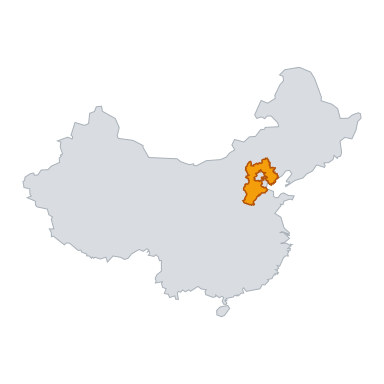 China, with Hebei highlighted
{"feature_id": "CHN-1811", "entity_name": "Hebei", "entity_type": "Province", "adm_level": 1, "iso_a3": "CHN", "parent_name": "China", "parent_adm1": "", "projection": "mercator", "projection_center": [116.359, 39.339], "detail": "fine", "context": "in_parent", "style": "filled", "palette": "amber", "viewbox_px": 384, "rotation_deg": 0, "n_neighbors": 0, "source": "natural_earth", "source_scale": "10m", "svg_char_len": 9372}
<svg xmlns="http://www.w3.org/2000/svg" viewBox="0 0 384 384"><path d="M212.9,297.4L205.7,294.6L205.0,291.4L206.3,289.8L201.1,288.9L198.0,286.4L190.6,291.2L188.8,289.8L185.3,291.8L182.5,289.9L180.6,292.2L178.3,291.5L177.3,292.9L178.4,299.4L175.7,299.2L174.8,295.9L169.6,297.5L168.4,294.3L164.3,293.5L166.1,288.7L162.5,287.3L161.5,283.0L162.4,281.7L155.4,283.0L156.2,281.0L155.2,278.6L156.8,274.8L161.4,271.1L161.4,260.5L159.4,260.6L158.3,256.9L155.9,254.7L154.0,256.4L148.3,255.2L149.9,253.0L149.1,251.2L147.5,252.0L148.7,249.9L146.9,248.7L143.3,251.3L139.1,249.5L131.5,253.9L128.3,258.1L124.5,259.5L120.6,257.3L113.0,256.0L107.4,262.1L105.9,257.2L100.4,259.0L94.8,257.2L93.7,258.3L92.2,257.1L91.4,258.4L89.6,256.1L86.6,255.8L86.8,254.1L81.6,252.1L80.9,250.1L78.1,250.4L69.5,243.1L66.1,243.0L64.4,244.9L53.3,236.1L51.4,236.8L51.3,232.5L49.3,228.9L53.9,229.0L51.2,219.0L52.6,217.1L48.8,214.7L47.4,209.1L37.1,206.9L35.6,205.2L35.3,201.1L27.2,197.7L31.3,196.0L30.0,194.5L29.7,188.9L24.0,187.5L23.0,181.5L24.6,180.5L25.0,177.2L29.7,174.0L33.7,173.0L34.3,175.3L37.9,174.9L41.2,170.0L47.9,169.7L51.3,166.1L59.5,162.5L59.2,157.9L61.2,156.3L60.4,155.0L62.6,154.1L60.2,147.0L60.9,142.2L57.5,140.9L67.6,137.2L72.2,139.0L72.7,136.6L71.0,135.3L75.0,122.5L84.7,125.4L88.6,123.5L89.7,113.3L94.5,111.5L96.3,106.8L101.5,106.2L102.4,111.3L115.3,118.5L119.2,127.6L117.2,135.8L118.4,138.4L133.0,140.4L143.1,145.6L143.0,147.4L148.8,157.5L177.1,158.8L180.7,161.7L189.3,164.7L193.7,163.8L193.7,165.4L196.4,165.8L206.3,160.7L220.5,159.6L226.3,157.1L229.7,152.8L234.8,149.9L231.9,144.9L234.6,139.5L243.9,142.0L249.3,136.9L255.5,136.4L260.4,129.8L264.7,129.2L265.2,127.4L278.7,126.7L277.8,122.8L271.1,116.0L267.1,116.0L264.8,118.7L261.5,116.9L256.7,118.4L254.7,114.8L261.1,100.5L267.6,103.2L275.3,98.4L274.8,95.5L279.8,85.0L283.5,80.6L283.0,76.3L279.6,74.9L284.8,69.7L299.3,67.3L310.6,72.0L314.5,78.2L321.4,97.2L321.1,100.7L331.9,104.2L337.7,108.7L340.2,118.4L348.4,118.2L352.1,115.0L358.4,112.8L360.5,113.8L361.0,118.2L357.7,121.6L356.0,130.1L351.9,138.9L344.9,137.4L340.1,141.2L341.6,152.5L340.6,156.1L337.0,157.4L337.6,158.8L334.1,155.4L333.0,159.5L328.7,162.6L323.9,162.9L325.2,165.8L324.5,167.4L316.6,164.9L312.5,170.9L306.4,174.2L303.0,178.0L295.1,180.4L285.8,186.6L285.5,185.2L288.7,183.9L289.5,181.9L286.5,181.9L286.4,180.8L291.9,173.9L289.5,170.4L285.9,170.9L282.0,175.8L276.0,179.3L273.7,183.4L267.2,183.7L266.4,188.7L273.5,191.4L273.6,196.4L275.5,197.7L278.1,197.6L280.8,194.0L283.5,192.9L288.5,195.5L294.1,195.9L292.3,199.9L290.1,199.0L283.9,201.2L282.9,204.7L280.4,204.2L281.0,205.7L274.8,213.4L280.9,217.2L284.1,227.9L289.5,232.9L289.1,234.2L282.3,231.6L279.6,232.7L283.4,232.4L289.5,238.3L284.4,242.6L281.9,242.7L280.5,243.6L286.4,243.2L290.9,246.0L287.7,248.4L290.3,248.4L290.0,250.7L287.4,250.7L288.7,251.8L287.6,253.8L288.3,256.0L285.7,255.8L283.5,257.7L279.6,266.3L277.1,265.4L278.7,268.2L276.4,269.9L274.6,269.5L277.3,270.2L277.3,274.0L274.9,273.6L275.4,274.9L273.7,275.1L272.0,278.6L267.5,279.5L268.7,280.9L264.8,284.9L262.3,284.6L259.9,288.8L246.3,291.4L243.6,287.8L242.5,289.0L243.7,293.1L241.2,293.2L238.4,295.8L237.2,294.6L236.9,296.0L234.9,295.3L233.0,297.1L226.4,298.4L225.0,300.7L226.9,303.2L226.0,304.5L223.5,304.1L222.2,300.9L223.7,297.5L221.7,296.3L219.4,297.8L215.7,295.0L215.8,296.6L212.9,297.4ZM227.7,305.5L229.7,308.3L224.5,315.4L221.5,316.7L216.9,314.9L216.7,310.4L220.0,307.0L227.7,305.5ZM289.7,235.6L287.8,235.2L286.1,233.5L287.5,233.8L289.7,235.6ZM292.0,244.7L290.6,245.1L290.3,244.2L292.0,244.7ZM278.5,272.7L277.7,273.7L277.9,272.4L278.5,272.7ZM225.7,300.4L227.0,299.9L226.9,300.6L225.7,300.4Z" fill="#d9dde1" stroke="#a8b0b8" stroke-width="1"/><path d="M265.8,187.3L266.8,189.1L267.4,189.8L267.1,190.1L267.1,190.4L267.1,190.6L267.0,190.8L266.6,191.2L266.0,191.4L265.1,192.8L264.6,192.8L262.8,192.9L261.6,192.9L261.4,193.1L261.3,193.5L260.9,193.8L260.6,194.4L259.6,195.4L259.4,195.1L259.4,194.6L259.2,194.4L258.8,194.9L258.7,195.1L258.5,195.5L258.7,196.0L258.4,196.2L258.0,196.1L257.6,196.2L257.2,196.4L257.1,196.9L256.7,197.3L256.5,198.2L256.1,198.7L256.0,199.1L255.6,199.6L255.4,200.0L255.2,200.1L254.4,200.4L253.6,201.5L253.3,202.3L253.7,203.2L253.7,203.5L254.0,203.6L254.3,204.0L254.3,204.5L253.7,205.0L253.4,205.0L253.1,204.4L252.8,204.3L252.3,204.3L252.1,204.5L251.9,204.9L251.7,205.1L251.4,205.2L251.3,204.9L250.9,204.6L250.6,204.6L250.2,204.5L249.7,204.7L249.3,204.7L248.5,204.1L248.2,204.1L248.1,203.9L247.6,203.8L247.3,203.9L246.6,203.7L246.4,203.3L246.2,203.1L245.7,203.2L245.2,203.2L244.7,203.1L244.5,202.9L244.2,202.6L243.7,202.3L243.7,201.8L243.5,201.4L243.2,201.2L243.3,200.8L243.1,200.6L244.1,200.3L244.4,199.9L244.5,199.6L245.0,199.6L245.0,198.9L244.8,198.3L244.9,197.9L245.4,197.2L245.7,196.5L246.5,195.2L246.7,194.6L246.8,194.0L246.8,193.8L246.4,193.5L246.2,192.9L245.8,192.3L245.6,192.1L245.1,190.7L244.8,190.6L244.4,190.2L243.7,190.0L243.6,189.1L243.7,188.6L243.7,187.9L244.1,187.2L244.5,187.0L244.5,186.7L244.8,186.6L245.3,186.0L244.9,185.2L244.9,184.9L245.2,184.7L245.4,184.1L246.3,183.8L246.9,184.2L247.7,184.1L248.0,183.7L248.3,183.5L248.5,183.4L248.5,182.6L248.8,182.3L248.8,181.9L249.2,181.2L249.2,180.9L248.9,180.4L248.6,180.3L248.4,180.0L248.5,178.7L248.4,178.5L247.5,178.4L247.3,178.2L246.5,178.0L246.3,177.6L245.8,177.3L245.9,177.1L246.2,176.5L246.3,176.6L246.4,176.9L246.6,176.9L246.6,176.3L246.8,176.1L248.7,175.4L249.0,175.2L248.7,174.9L247.9,174.8L247.7,173.9L247.6,173.5L247.5,173.1L247.1,172.7L247.1,172.1L246.9,171.8L246.5,171.5L246.5,171.1L246.3,170.8L246.1,170.6L245.7,170.0L245.2,169.5L245.5,169.6L245.7,169.1L246.0,169.1L246.1,168.4L245.8,168.3L245.7,168.1L245.8,167.2L246.3,166.4L247.0,166.1L247.3,165.9L247.5,164.1L248.0,163.5L248.5,163.2L248.9,162.3L249.1,162.0L249.5,161.8L250.4,161.8L250.7,161.5L250.9,161.8L250.9,162.3L251.3,163.4L251.4,164.0L251.1,164.2L251.0,164.4L251.1,164.8L251.1,165.7L252.3,165.7L253.1,165.9L253.3,165.6L253.6,165.7L253.5,165.2L253.6,164.9L254.9,164.4L256.6,163.3L256.9,163.4L257.5,164.3L257.8,164.2L257.9,163.8L258.4,163.7L258.8,163.2L259.4,162.8L259.6,162.9L259.8,163.2L260.3,163.1L260.6,163.4L261.7,162.9L262.1,162.7L262.2,162.4L262.0,162.0L262.2,161.6L262.2,161.3L261.9,160.5L261.9,160.3L262.2,159.9L263.4,159.3L264.2,159.2L264.7,159.4L265.1,159.4L265.3,158.7L265.7,158.2L266.1,158.7L267.2,158.3L267.3,158.7L268.5,160.0L268.4,160.3L268.6,160.8L268.3,161.0L268.9,161.5L268.9,161.9L269.0,162.4L269.0,162.6L269.4,162.6L269.5,162.3L269.6,162.2L269.9,162.4L269.9,162.7L270.0,163.0L269.9,163.5L270.1,163.9L270.0,164.4L269.9,164.7L269.5,164.4L269.4,164.4L269.2,164.7L269.6,165.8L270.0,165.9L270.1,166.0L270.0,166.8L270.2,167.0L270.2,167.5L270.3,167.9L270.6,168.0L270.7,167.7L271.0,167.6L272.3,167.7L272.8,167.4L273.1,167.8L274.7,167.9L275.2,167.9L275.1,168.5L274.8,168.9L274.0,169.6L273.5,169.8L273.5,170.0L273.9,170.2L273.9,170.4L273.8,170.6L273.3,170.5L273.0,171.3L273.0,171.5L274.2,172.8L274.5,172.7L274.8,172.4L274.9,173.0L275.2,173.4L275.5,173.7L277.0,173.6L277.2,174.0L277.1,174.8L277.4,175.5L277.4,176.0L278.0,176.0L278.0,176.8L278.4,177.3L278.6,177.6L278.2,177.9L277.5,178.0L276.8,178.3L276.7,178.5L276.8,178.8L276.5,178.8L275.9,179.3L275.7,179.5L275.4,180.4L275.2,180.4L275.0,180.6L275.1,180.8L275.3,180.5L275.3,181.1L275.6,181.6L275.4,181.9L275.3,182.1L274.9,182.1L274.0,183.3L273.4,183.8L273.3,183.7L273.5,183.5L273.7,183.3L273.2,183.4L273.2,183.1L273.0,183.4L272.7,183.6L271.8,183.5L271.6,183.6L271.3,183.6L271.2,183.7L271.3,183.8L270.1,184.4L269.6,184.3L269.1,183.4L268.9,183.2L268.4,183.1L268.4,182.2L268.2,182.0L267.7,181.8L267.7,181.6L267.9,180.9L267.8,180.7L267.6,180.6L267.4,180.6L267.0,180.5L266.9,180.8L266.6,180.7L266.3,180.5L266.3,180.2L266.3,179.9L266.0,179.8L265.9,179.4L265.7,178.7L265.6,178.4L265.7,177.9L265.6,177.5L266.3,177.8L267.1,177.8L267.2,177.6L266.9,177.3L267.0,177.1L266.4,176.9L266.3,176.6L265.9,176.3L265.3,175.9L264.6,175.6L264.4,175.3L264.2,174.9L264.1,174.3L263.8,173.9L263.9,173.6L264.2,173.4L264.6,173.2L265.1,173.2L265.2,172.9L265.5,172.8L265.5,172.7L264.5,172.7L263.8,172.5L263.2,172.6L262.6,172.3L261.0,170.6L260.8,169.9L260.6,169.9L260.6,170.3L260.0,170.6L259.8,170.9L259.6,170.9L259.3,170.7L259.2,170.8L259.3,170.9L259.8,171.8L259.2,171.9L258.9,172.1L258.5,171.9L258.0,172.7L257.5,173.1L257.3,173.2L256.7,173.1L255.8,173.5L256.7,175.0L256.9,175.1L257.0,175.5L256.7,175.9L256.4,176.3L254.9,176.8L254.7,177.0L254.4,177.4L254.1,177.6L254.1,177.8L254.5,178.1L254.5,178.6L254.9,178.9L254.7,179.1L254.3,179.0L254.2,179.2L254.2,179.3L254.4,180.2L254.8,180.4L255.4,180.4L255.6,180.7L255.9,181.0L256.2,180.8L256.9,180.6L257.3,180.7L258.4,180.5L258.7,181.1L259.0,181.4L259.6,181.5L259.8,181.5L259.9,181.3L259.8,181.2L259.6,181.1L259.7,180.9L260.3,180.7L260.4,180.4L260.7,180.3L261.7,180.4L261.7,181.2L262.0,182.1L261.9,183.1L261.9,183.4L262.3,183.5L262.2,183.9L261.1,184.7L261.1,185.4L261.3,186.1L261.6,186.3L262.0,186.5L262.2,186.8L263.0,186.7L263.1,186.9L263.2,187.3L264.0,187.5L264.2,187.8L265.8,187.3ZM264.1,176.8L263.6,177.8L263.7,178.2L263.8,178.4L264.3,178.6L263.8,178.9L263.9,179.2L263.7,180.2L262.1,179.8L262.1,179.6L262.4,179.1L262.4,178.9L262.3,178.6L262.1,178.7L261.6,178.3L261.4,177.8L261.5,177.4L261.9,177.2L262.7,177.2L263.2,177.0L264.1,176.8ZM271.8,184.1L271.9,184.3L271.6,184.9L271.2,185.2L270.9,184.9L271.0,184.4L271.3,184.3L271.4,184.6L271.8,184.3L271.7,184.2L271.8,184.1Z" fill="#f59e0b" stroke="#b45309" stroke-width="1.5"/></svg>